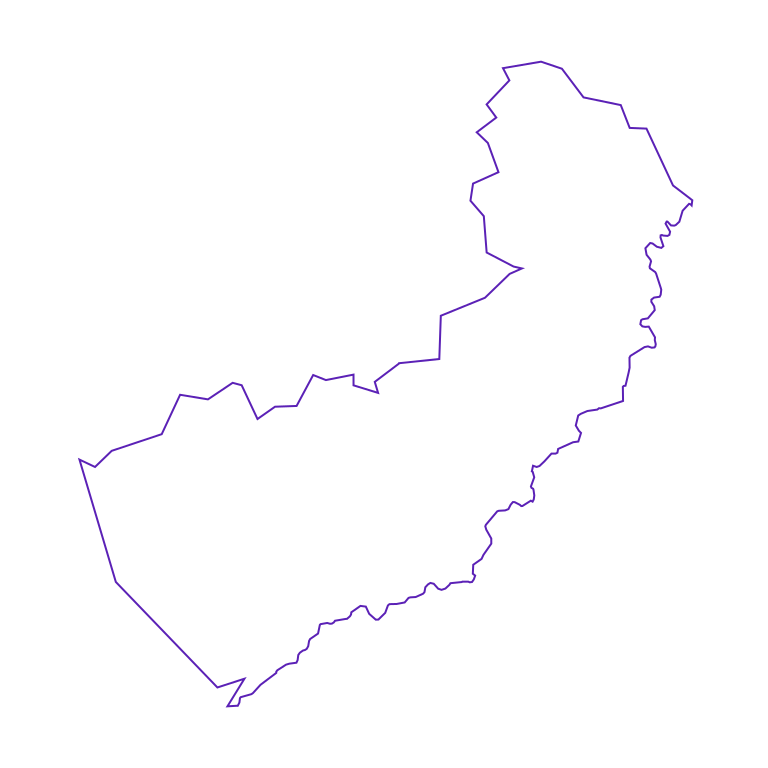 outline of Mingo, West Virginia, United States of America, rotated 272°
{"feature_id": "52423323B3909693217248", "entity_name": "Mingo", "entity_type": "district", "adm_level": 2, "iso_a3": "USA", "parent_name": "United States of America", "parent_adm1": "West Virginia", "projection": "natural_earth1", "projection_center": [-82.154, 37.743], "detail": "fine", "context": "isolated", "style": "outline", "palette": "violet", "viewbox_px": 768, "rotation_deg": 272, "n_neighbors": 0, "source": "geoboundaries", "source_scale": "gbopen_adm2", "svg_char_len": 2946}
<svg xmlns="http://www.w3.org/2000/svg" viewBox="0 0 768 768"><g transform="rotate(272 384 384)"><path d="M648.4,637.4L648.5,620.6L671.0,610.9L677.4,573.4L705.3,550.8L711.6,529.7L703.8,491.9L691.8,498.7L667.0,476.8L654.2,486.9L638.8,467.9L628.5,479.4L599.7,491.0L587.4,466.0L570.2,464.0L555.2,477.9L519.0,482.0L505.9,509.4L504.3,517.8L498.4,505.7L473.7,481.9L454.2,438.4L410.9,438.4L405.3,398.3L404.9,398.2L385.8,374.7L374.9,378.4L381.6,353.6L392.3,353.2L385.9,325.8L390.5,312.9L359.0,297.4L357.5,275.9L344.6,258.8L377.8,241.8L379.9,232.7L362.5,208.6L366.1,180.6L326.1,163.6L307.7,114.2L291.0,98.1L297.8,82.3L177.4,122.7L176.8,122.9L74.9,228.1L84.6,254.8L56.4,238.8L57.3,248.2L57.3,249.1L60.6,250.6L65.0,251.0L66.0,251.7L69.4,262.3L70.5,263.8L79.1,271.1L91.5,286.4L92.8,286.4L94.2,287.4L100.1,295.9L101.2,299.2L102.4,306.2L105.0,307.3L110.2,307.8L112.5,309.3L114.8,312.3L115.4,314.3L116.6,316.0L119.3,317.4L124.6,318.1L126.6,319.1L132.3,326.8L141.0,328.3L141.8,329.0L143.2,335.6L142.5,338.4L142.7,340.3L144.0,342.2L145.7,343.3L147.9,354.0L148.0,355.2L150.7,358.1L152.5,359.1L154.7,359.3L161.4,368.2L160.9,373.6L153.8,377.2L148.2,384.0L148.4,386.7L148.8,387.0L155.3,393.2L162.7,395.6L163.6,396.4L164.2,397.3L164.6,404.3L166.4,412.3L171.1,416.0L171.7,417.8L172.2,423.1L175.8,430.4L177.4,431.7L182.3,432.4L185.3,435.0L186.8,437.3L186.1,440.7L181.3,445.3L180.3,448.7L181.7,452.5L185.6,456.4L187.2,457.3L187.4,458.4L188.8,468.7L189.2,469.2L189.4,475.1L188.8,476.6L189.2,478.9L191.9,480.6L195.7,481.8L197.5,479.4L206.5,479.5L212.6,487.6L216.8,489.4L228.2,496.8L233.3,496.6L242.0,491.3L245.3,490.2L246.8,490.7L260.7,501.6L261.3,503.1L261.9,509.5L263.3,512.7L267.8,514.8L270.5,516.9L270.5,518.7L268.0,524.0L266.8,525.4L266.9,526.6L272.5,534.8L271.6,536.6L273.9,537.7L277.9,538.1L283.5,537.1L284.5,536.7L285.4,535.0L286.7,534.4L296.0,537.4L301.3,535.7L301.9,534.8L302.8,535.0L307.5,535.8L306.4,539.5L307.5,542.3L312.4,547.1L320.3,553.8L320.4,557.9L321.4,559.7L325.2,560.3L332.4,575.0L333.3,580.2L342.0,582.6L344.1,580.4L349.2,577.1L359.3,579.2L361.1,581.8L364.1,588.2L365.9,598.1L367.3,599.7L367.2,601.5L375.4,623.5L389.5,622.8L390.4,623.6L390.7,625.4L404.1,628.1L408.9,628.9L418.9,628.4L420.8,629.4L430.0,643.1L430.8,646.5L429.6,650.3L430.0,653.1L431.2,653.9L433.3,654.2L437.3,653.1L440.1,653.2L450.6,646.6L450.2,643.1L450.6,640.2L452.7,638.1L456.7,638.7L457.7,640.0L458.8,645.4L467.3,652.0L471.1,651.3L475.5,648.3L477.7,648.3L479.8,650.9L480.8,656.4L482.9,657.4L487.9,657.8L489.8,657.2L503.8,652.1L505.3,651.2L508.9,645.7L510.6,645.3L515.9,646.6L517.6,645.9L522.3,641.9L528.8,640.5L534.2,645.1L533.8,647.5L530.7,651.9L529.7,656.4L531.5,658.4L540.1,655.2L542.2,655.3L542.6,656.5L542.1,657.9L541.9,662.2L543.0,664.0L546.2,664.6L554.1,659.8L556.2,660.8L556.2,661.6L552.5,665.3L552.4,668.5L553.0,670.0L556.5,673.5L567.6,676.4L574.7,682.6L574.3,684.1L573.2,685.2L578.4,685.7L592.5,665.9L648.4,637.4Z" fill="none" stroke="#5b21b6" stroke-width="2"/></g></svg>